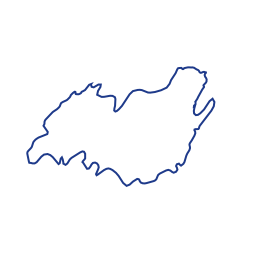 Tripura, Mercator projection, rotated 225°
{"feature_id": "IND-3301", "entity_name": "Tripura", "entity_type": "State", "adm_level": 1, "iso_a3": "IND", "parent_name": "India", "parent_adm1": "", "projection": "mercator", "projection_center": [91.787, 23.743], "detail": "fine", "context": "isolated", "style": "outline", "palette": "blue", "viewbox_px": 256, "rotation_deg": 225, "n_neighbors": 0, "source": "natural_earth", "source_scale": "10m", "svg_char_len": 3248}
<svg xmlns="http://www.w3.org/2000/svg" viewBox="0 0 256 256"><g transform="rotate(225 128 128)"><path d="M185.1,133.1L185.0,132.6L182.8,131.4L181.0,132.5L179.6,137.9L178.0,139.5L176.5,137.5L175.4,133.0L173.3,129.7L168.7,131.3L166.9,133.2L163.4,138.2L161.6,139.8L159.0,140.5L157.4,139.6L152.8,134.5L151.5,132.3L150.1,130.6L148.6,130.7L147.9,132.2L147.7,134.8L147.9,139.3L150.7,153.0L150.6,157.6L148.1,161.7L146.7,163.3L145.0,164.6L139.0,167.2L137.3,168.7L134.4,172.5L131.3,178.1L129.2,183.9L129.8,188.6L131.4,192.3L133.1,200.4L134.5,204.0L134.9,205.4L134.4,206.4L132.8,208.2L132.5,208.3L131.5,208.2L131.1,208.2L130.6,208.7L130.5,209.2L130.6,209.8L130.5,210.2L128.7,213.0L127.9,213.9L126.1,215.5L125.3,216.4L123.9,217.3L121.0,217.9L119.6,218.5L118.8,218.6L118.0,218.5L117.3,218.2L116.5,218.1L115.5,218.5L115.0,219.4L114.6,220.5L114.0,221.4L112.2,222.4L111.9,222.0L111.9,220.8L111.2,219.6L109.7,218.8L108.3,218.6L106.8,218.0L105.4,216.4L105.0,215.2L104.9,211.8L104.6,211.3L103.5,211.0L103.2,210.7L102.7,207.7L100.2,199.1L99.7,197.9L98.9,194.2L98.7,194.2L97.1,192.6L97.0,192.0L97.1,191.3L97.1,190.5L96.4,189.6L96.0,190.5L95.1,188.9L93.5,186.6L91.5,185.0L89.1,185.1L87.8,186.8L87.3,189.5L87.3,194.8L89.3,204.6L88.9,208.5L85.3,207.5L82.7,204.0L81.3,199.2L78.8,180.2L78.3,179.0L77.7,178.1L77.5,177.1L78.3,176.1L79.4,175.0L79.9,174.0L79.5,173.4L78.1,173.0L76.7,171.9L75.6,169.5L74.2,164.5L73.6,161.6L73.4,160.7L72.7,159.6L70.8,158.4L69.9,157.6L68.9,155.7L68.0,151.8L67.2,149.7L64.0,143.8L63.5,141.7L63.9,138.9L65.3,138.7L66.8,138.8L67.8,136.9L67.1,135.1L65.3,134.5L63.6,133.5L63.1,131.0L64.1,128.7L65.8,128.1L67.9,127.9L69.9,126.9L71.0,125.0L73.2,118.5L73.5,116.3L73.0,114.8L71.8,112.0L71.7,110.4L72.2,108.8L75.9,102.2L77.0,100.6L78.5,99.3L80.3,98.5L81.8,98.7L82.2,98.8L83.0,99.2L84.2,99.4L85.5,98.5L86.6,93.7L86.8,89.1L88.1,86.1L92.6,85.7L100.8,87.5L104.8,87.8L109.2,87.3L111.7,86.5L113.3,85.5L114.4,83.8L115.2,81.3L116.4,73.8L116.8,72.4L118.0,72.8L119.9,77.6L120.9,79.5L122.8,80.7L124.9,81.0L126.8,80.3L128.1,78.5L128.0,76.4L127.3,74.0L127.0,71.7L128.1,70.2L135.0,71.7L136.1,71.7L136.4,72.5L136.6,75.2L136.8,76.2L140.1,79.5L142.3,80.1L143.7,79.2L144.5,77.1L146.8,67.0L146.9,64.7L145.8,60.0L146.1,57.8L148.5,57.1L149.5,58.0L151.9,59.6L154.0,60.5L153.9,58.8L151.4,54.8L151.6,53.4L160.6,54.2L163.8,53.9L166.5,52.7L168.6,49.8L169.0,46.4L168.4,39.2L169.0,36.9L170.3,35.6L172.0,34.6L173.2,33.6L174.2,34.1L181.0,38.6L181.6,39.2L182.1,40.0L182.3,41.1L182.4,44.8L182.5,46.0L182.9,47.1L184.9,51.0L185.1,52.2L185.2,54.4L184.9,56.2L184.5,58.0L180.8,66.6L181.4,67.7L182.0,68.5L189.3,69.8L189.9,71.6L190.5,72.4L190.8,72.7L191.3,73.2L191.7,73.9L192.0,74.7L192.2,75.6L192.5,85.7L192.4,86.7L191.5,91.1L191.4,93.7L191.5,94.7L191.7,95.5L191.9,95.8L192.5,97.2L192.8,97.9L192.9,98.5L192.5,100.3L191.2,103.8L191.0,104.5L190.9,105.4L190.9,108.3L191.0,109.1L191.1,109.5L191.6,110.6L191.7,111.1L191.7,111.7L191.7,112.6L191.7,113.7L191.6,114.8L191.4,115.6L191.3,116.0L190.8,116.3L190.4,116.2L190.1,115.9L189.9,115.6L189.7,115.4L189.3,115.2L188.9,115.1L188.6,115.3L188.3,115.5L188.0,115.8L187.1,116.6L186.7,117.1L186.3,118.1L186.0,119.0L186.0,119.7L186.3,120.4L186.3,121.0L185.9,122.0L185.2,124.5L186.0,131.1L185.1,133.1Z" fill="none" stroke="#1e3a8a" stroke-width="2"/></g></svg>